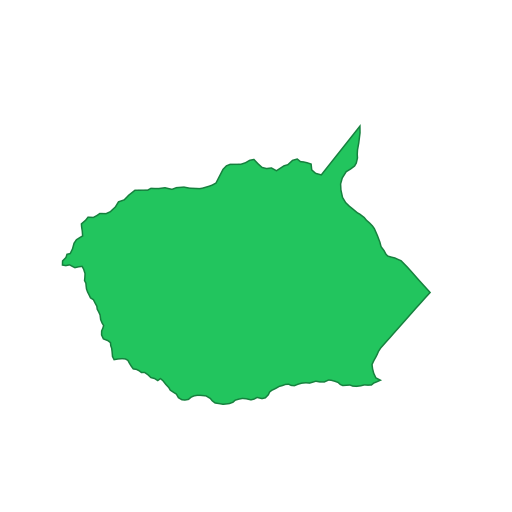 outline of Rio da Conceição, Tocantins, Brazil, rotated 25°
{"feature_id": "56859067B79887168793854", "entity_name": "Rio da Conceição", "entity_type": "district", "adm_level": 2, "iso_a3": "BRA", "parent_name": "Brazil", "parent_adm1": "Tocantins", "projection": "albers", "projection_center": [-46.742, -11.308], "detail": "fine", "context": "isolated", "style": "filled", "palette": "green", "viewbox_px": 512, "rotation_deg": 25, "n_neighbors": 0, "source": "geoboundaries", "source_scale": "gbopen_adm2", "svg_char_len": 3049}
<svg xmlns="http://www.w3.org/2000/svg" viewBox="0 0 512 512"><g transform="rotate(25 256 256)"><path d="M86.5,295.5L84.2,300.7L85.6,303.2L88.0,306.8L90.4,311.1L88.8,313.4L86.4,317.1L85.7,321.3L86.7,327.2L86.6,332.3L84.0,334.3L84.4,337.7L82.8,342.2L84.4,346.0L87.7,345.1L90.8,342.8L93.9,343.0L96.8,343.1L99.7,340.8L102.8,338.9L105.4,340.8L108.5,344.2L109.9,347.6L111.0,350.7L113.3,352.5L114.7,354.9L116.3,357.5L118.6,359.8L120.8,361.5L123.7,363.9L127.1,364.3L130.4,366.9L133.0,368.8L134.6,371.3L136.9,373.0L139.6,375.3L142.1,379.3L145.0,381.9L147.3,383.4L147.7,386.1L147.8,389.2L149.4,392.8L152.7,395.6L157.5,395.3L160.7,396.0L162.3,398.7L164.2,400.6L166.0,403.5L168.4,407.7L171.2,409.9L174.5,407.6L178.1,405.6L181.1,404.5L184.0,404.7L186.5,406.6L189.7,408.7L192.5,410.2L195.5,409.3L198.7,409.4L201.4,410.0L204.3,408.6L208.3,409.3L212.1,410.6L216.0,409.9L219.6,410.4L221.2,407.5L224.3,408.3L228.6,410.5L232.6,412.1L235.0,413.8L239.0,414.4L242.2,414.8L245.6,417.2L249.5,417.6L252.4,416.6L255.4,414.5L256.9,411.3L258.9,409.0L261.6,407.1L264.7,405.7L269.8,403.9L274.8,404.4L277.5,405.7L281.0,406.5L285.4,405.2L288.8,404.3L291.3,402.8L294.2,401.0L296.9,398.3L298.1,395.4L301.0,392.9L303.9,390.8L307.5,389.5L312.2,388.5L314.7,386.5L316.8,383.7L321.7,382.7L324.4,380.6L325.8,376.6L325.8,373.5L327.1,371.0L329.8,367.7L332.2,364.3L334.4,362.5L337.0,359.9L339.8,358.4L342.6,358.4L345.6,357.3L348.2,354.5L351.2,351.9L354.8,349.8L358.3,348.5L360.8,346.3L363.1,344.2L366.9,343.2L371.1,341.3L374.2,337.7L376.8,336.8L380.4,336.2L383.9,335.9L386.7,336.8L389.4,336.7L391.9,335.3L395.7,333.2L398.7,333.0L402.2,331.6L405.7,329.4L408.7,327.0L412.1,325.7L415.1,324.1L416.4,321.4L418.7,318.9L421.2,316.0L416.1,315.8L412.2,312.5L409.4,309.1L407.0,305.3L407.0,300.8L407.3,297.1L407.4,293.9L407.3,290.6L407.9,286.5L409.5,281.2L410.7,277.1L411.8,273.6L412.9,269.8L414.2,265.3L415.4,261.4L423.1,235.3L424.6,230.5L426.5,224.2L427.5,220.9L429.2,215.5L424.2,213.4L420.4,211.8L413.0,208.7L405.7,205.5L397.8,202.1L389.5,199.0L386.0,199.1L382.7,199.1L379.3,199.8L375.4,200.4L372.9,199.4L369.7,197.0L365.4,194.7L362.4,191.1L357.4,186.2L351.7,181.2L348.9,179.6L345.3,178.2L340.9,176.9L337.8,175.4L332.4,174.2L329.5,174.0L323.9,172.5L319.4,171.4L314.6,169.7L309.7,166.4L305.0,160.2L302.2,154.9L301.2,148.8L302.1,141.5L305.0,137.1L307.3,132.8L307.6,129.4L306.5,124.2L304.8,121.1L303.1,116.8L301.4,110.3L298.2,100.4L295.3,94.4L280.9,154.9L275.1,155.9L270.1,154.4L267.1,149.4L262.9,149.9L259.2,150.7L256.4,151.7L252.4,150.7L248.7,153.9L246.3,159.8L243.3,162.4L238.5,170.1L232.8,169.7L228.6,172.3L224.0,173.2L218.9,171.6L213.3,169.4L209.9,171.9L207.1,175.9L203.5,179.3L193.8,183.9L191.1,186.8L189.5,191.4L188.9,206.8L186.3,210.3L183.9,212.7L178.8,217.2L176.4,218.8L167.2,222.6L161.6,224.0L155.0,227.7L151.7,231.1L148.1,231.9L144.7,232.6L139.3,236.0L135.6,237.7L132.2,239.1L130.0,242.1L118.5,247.6L115.0,254.6L112.8,260.9L108.5,265.0L107.8,271.1L105.2,277.5L102.2,281.0L96.5,283.5L94.7,286.6L92.3,289.8L87.4,291.8L86.5,295.5Z" fill="#22c55e" stroke="#15803d" stroke-width="1.5"/></g></svg>